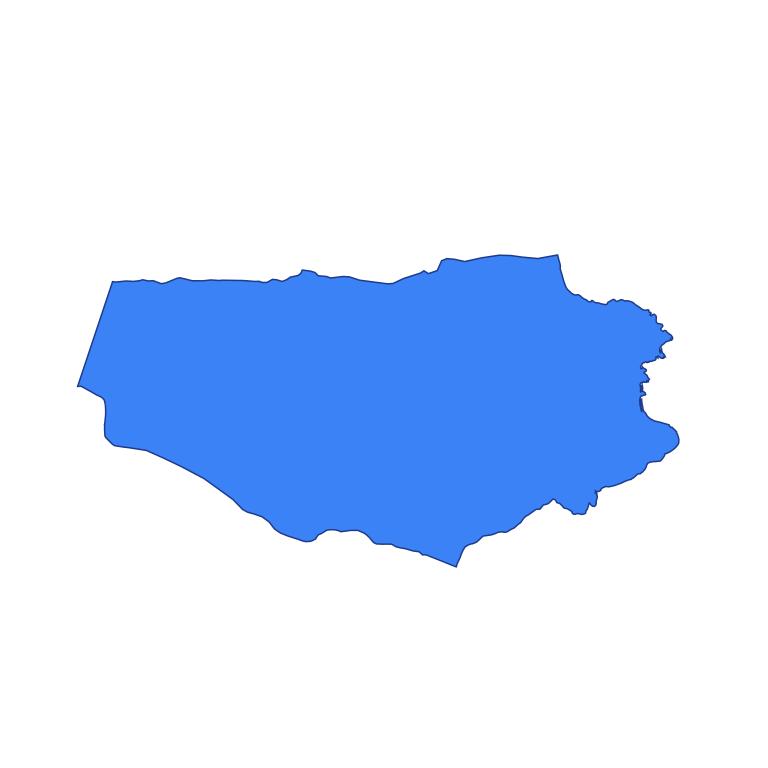 the district of Theodorine, Anse-la-Raye, Saint Lucia, rotated 158°
{"feature_id": "8701671B76033822027974", "entity_name": "Theodorine", "entity_type": "district", "adm_level": 2, "iso_a3": "LCA", "parent_name": "Saint Lucia", "parent_adm1": "Anse-la-Raye", "projection": "albers", "projection_center": [-61.054, 13.929], "detail": "fine", "context": "isolated", "style": "filled", "palette": "blue", "viewbox_px": 768, "rotation_deg": 158, "n_neighbors": 0, "source": "geoboundaries", "source_scale": "gbopen_adm2", "svg_char_len": 6165}
<svg xmlns="http://www.w3.org/2000/svg" viewBox="0 0 768 768"><g transform="rotate(158 384 384)"><path d="M409.9,516.2L417.1,520.3L419.4,517.9L423.1,516.8L431.0,518.2L434.8,517.2L440.0,517.2L444.4,520.8L448.3,522.8L454.4,522.0L458.8,523.7L461.2,525.9L465.4,527.5L475.6,532.6L495.0,540.8L498.0,541.7L505.5,545.3L513.2,547.5L523.2,551.6L528.4,555.4L533.5,559.0L535.8,559.5L548.8,559.5L553.0,560.5L559.3,566.3L563.7,567.7L568.8,571.1L571.9,571.3L577.9,573.0L584.5,576.1L594.5,579.0L597.3,580.6L669.0,496.5L666.3,495.6L665.7,495.3L665.1,494.7L657.8,485.7L654.6,481.6L650.7,477.4L649.4,474.1L649.7,471.5L650.2,468.9L651.4,465.4L653.1,460.9L654.4,458.2L657.3,452.7L658.5,450.9L658.8,449.6L659.9,447.1L662.0,441.0L662.2,439.8L661.9,438.3L659.1,431.4L657.3,428.2L656.0,427.2L648.6,422.8L644.7,420.7L629.3,411.5L616.6,398.4L602.8,383.3L586.2,363.6L567.3,333.5L562.1,320.7L559.3,317.1L557.7,315.6L553.0,312.0L546.7,306.5L542.1,298.9L539.9,290.8L536.8,286.0L535.6,284.4L529.9,278.9L521.7,272.1L518.3,269.0L515.5,267.1L511.1,265.7L509.9,265.7L509.0,265.6L505.3,266.0L503.7,267.4L502.0,268.5L500.4,268.8L498.2,268.8L491.7,269.9L487.8,268.8L483.7,267.0L480.6,264.6L479.4,263.2L469.9,260.8L463.1,258.1L458.5,253.4L457.1,251.4L455.1,247.3L453.1,241.0L451.5,239.2L450.6,238.4L445.0,235.9L441.1,234.4L436.9,232.6L433.8,228.6L431.0,226.5L425.5,223.0L419.7,218.4L414.3,215.3L412.3,211.2L409.0,209.8L385.6,187.4L385.3,187.4L384.4,188.9L383.8,189.6L378.6,194.5L374.8,198.6L372.7,200.5L370.5,202.1L369.8,202.6L366.2,203.2L363.1,203.1L361.7,202.7L357.7,202.7L354.4,203.8L349.2,205.9L340.9,203.9L337.0,203.6L334.4,203.8L331.1,203.2L327.4,201.2L325.0,200.8L321.0,201.6L317.1,201.8L312.3,203.6L309.8,204.1L308.7,204.6L308.5,204.8L305.1,207.0L303.9,207.6L301.2,208.4L299.9,208.4L290.0,210.8L287.2,209.9L286.6,209.5L285.5,209.9L281.7,212.1L280.9,212.1L279.0,211.7L277.2,211.6L276.0,211.7L273.0,212.9L270.5,214.0L269.8,213.8L268.5,212.1L268.1,209.2L265.9,207.5L264.7,205.0L263.8,202.2L263.4,201.4L260.6,199.5L257.6,195.4L257.9,194.0L257.1,192.4L255.6,191.6L252.9,191.4L249.6,189.0L246.9,188.5L245.4,188.8L245.0,189.6L244.1,190.8L242.3,191.8L238.7,196.3L238.2,196.7L237.5,194.8L237.3,193.9L236.4,192.5L234.6,191.6L233.1,192.3L231.9,193.8L231.6,195.2L228.8,198.9L228.3,200.2L228.2,201.7L228.0,202.1L229.3,204.7L227.8,203.1L227.8,205.6L226.7,204.4L225.7,204.0L224.8,203.9L223.6,204.0L222.6,204.4L222.3,205.1L220.9,205.8L216.9,205.9L213.9,204.4L208.3,203.5L201.1,203.2L196.9,203.5L192.9,203.4L190.7,203.0L189.1,203.4L188.0,203.5L182.1,205.6L180.3,204.8L176.9,205.7L173.8,207.3L172.1,208.8L170.9,210.3L169.2,211.8L165.7,211.7L162.3,210.8L160.9,210.2L156.6,209.1L154.3,210.1L151.0,212.3L149.6,213.9L147.1,213.8L144.1,214.0L141.6,214.6L138.7,215.4L135.6,216.8L134.5,217.5L133.0,218.7L131.5,221.7L131.0,224.1L130.8,228.0L131.1,228.9L130.7,230.1L131.1,231.3L133.2,236.1L133.9,236.2L134.6,236.5L135.1,239.5L140.0,243.2L141.5,244.5L146.9,248.3L148.4,249.9L150.5,252.5L151.9,255.5L152.5,259.7L153.4,261.1L153.2,263.7L153.1,264.9L152.7,265.5L152.3,268.6L150.9,273.3L150.4,274.0L151.4,273.2L153.0,270.9L154.5,266.2L154.9,263.1L155.3,262.4L155.4,261.3L155.3,264.9L154.9,265.5L154.5,268.6L153.0,273.3L151.4,275.6L150.4,276.4L148.6,276.2L148.2,276.4L147.7,276.4L145.6,276.0L145.3,276.3L145.2,278.1L146.7,280.4L146.7,281.6L145.8,282.9L145.4,284.3L145.0,286.5L146.2,285.9L147.0,284.8L147.5,281.8L148.0,280.5L148.9,280.4L148.9,281.6L148.0,282.9L147.5,284.3L147.0,287.2L146.2,288.3L145.0,289.0L144.6,288.4L144.0,288.3L142.8,289.0L142.4,288.4L140.0,287.3L139.5,288.4L139.0,288.7L138.8,287.7L138.4,287.0L137.9,287.3L137.3,288.4L136.1,289.1L136.6,290.2L136.9,291.3L136.9,293.3L137.3,294.2L138.7,296.8L138.7,297.2L138.4,297.4L137.3,297.6L136.7,297.6L135.8,298.0L135.5,298.9L136.3,300.2L137.7,301.9L137.9,302.2L137.9,302.8L139.3,301.6L139.9,301.9L140.1,302.2L140.0,303.0L139.6,303.8L136.5,306.4L135.8,306.5L135.2,306.6L134.6,306.2L134.3,306.4L133.1,306.6L132.7,306.4L132.1,305.3L131.7,305.5L131.1,305.6L130.2,304.9L129.5,305.5L128.9,305.6L127.6,304.8L124.6,304.7L123.8,304.5L123.1,304.7L122.7,305.0L122.3,305.5L122.0,306.8L121.7,307.2L121.1,307.0L120.2,305.5L119.8,306.8L119.5,307.2L118.9,307.0L117.4,304.1L116.3,303.5L115.3,303.9L115.3,303.3L114.1,303.5L113.3,304.2L114.0,305.7L113.1,304.4L113.1,305.3L113.2,306.3L114.0,308.1L114.1,308.7L114.0,310.7L113.6,312.4L115.2,311.0L115.7,310.1L116.2,308.7L116.2,310.7L116.0,311.7L115.2,313.4L114.4,314.2L113.2,315.1L111.9,315.8L111.2,316.1L109.5,316.4L107.3,317.4L106.5,317.5L105.5,317.3L104.3,317.5L102.7,317.1L101.9,317.6L101.4,318.3L101.0,317.0L100.5,317.1L99.7,317.6L99.3,318.3L99.5,319.3L99.0,319.4L99.5,321.7L99.9,322.2L102.4,326.2L102.3,327.3L102.7,327.8L103.4,328.3L104.1,328.6L105.2,328.1L106.1,328.8L106.5,329.6L106.9,331.3L106.7,331.6L103.9,333.1L103.7,333.5L103.7,334.1L103.9,335.2L105.9,336.6L107.4,337.4L108.2,338.8L108.2,340.0L108.1,340.4L106.3,344.4L106.4,345.7L107.1,347.2L107.4,347.4L108.2,347.7L108.9,347.6L109.9,347.2L110.4,347.2L111.0,347.4L111.2,347.8L110.7,348.5L111.2,348.7L110.1,349.3L109.8,349.7L110.1,350.6L111.2,351.2L111.3,352.2L110.8,353.2L111.0,353.6L111.8,354.0L113.5,354.3L114.3,354.6L116.1,355.8L116.8,356.7L118.7,359.9L121.3,363.6L121.9,364.9L123.0,366.7L125.7,369.1L126.9,369.7L127.8,370.4L128.8,370.2L131.5,372.7L132.3,373.2L132.9,373.4L133.7,373.4L135.6,373.2L137.0,373.2L137.9,374.1L138.8,376.0L139.4,376.4L140.7,376.5L145.8,375.8L147.5,374.4L148.8,374.6L151.1,376.0L152.8,377.1L153.5,377.8L154.6,378.7L157.3,380.1L157.8,380.6L158.5,381.3L159.3,383.1L159.7,383.4L160.0,383.6L160.9,383.2L161.2,382.8L161.6,382.8L163.2,383.3L163.6,383.7L164.8,386.1L166.5,387.8L168.1,390.1L169.1,392.4L170.2,393.7L171.2,394.4L172.2,394.4L173.0,394.6L174.2,395.6L175.9,397.4L178.5,403.0L179.0,405.4L178.9,411.2L178.1,418.2L177.6,423.7L177.3,425.2L176.2,427.5L175.7,430.4L175.5,433.0L174.7,438.6L194.4,442.7L208.0,449.7L218.3,455.6L229.1,460.3L246.2,464.4L263.3,467.3L271.9,473.2L278.7,476.7L284.4,476.7L292.2,469.2L301.5,469.7L304.6,474.0L308.4,473.2L325.5,474.4L327.7,474.4L338.0,473.8L343.1,475.5L367.6,489.3L376.0,496.3L381.4,498.9L393.8,502.3L397.0,505.2L404.5,509.0L406.1,513.1L409.9,516.2Z" fill="#3b82f6" stroke="#1e3a8a" stroke-width="1.5"/></g></svg>